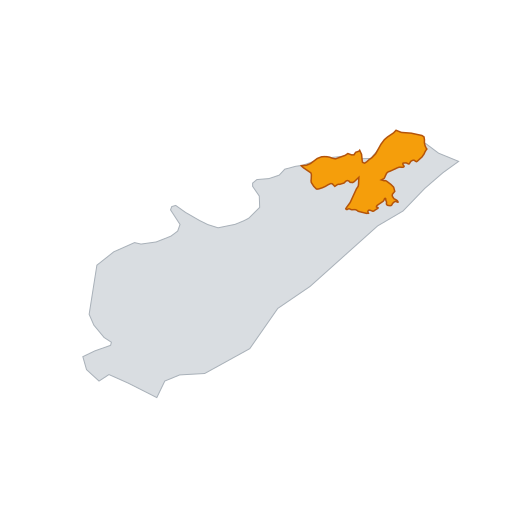 Lebanon, with An Nabatiyah highlighted, rotated 207°
{"feature_id": "LBN-3059", "entity_name": "An Nabatiyah", "entity_type": "Province", "adm_level": 1, "iso_a3": "LBN", "parent_name": "Lebanon", "parent_adm1": "", "projection": "orthographic", "projection_center": [35.465, 33.278], "detail": "fine", "context": "in_parent", "style": "filled", "palette": "amber", "viewbox_px": 512, "rotation_deg": 207, "n_neighbors": 0, "source": "natural_earth", "source_scale": "10m", "svg_char_len": 3669}
<svg xmlns="http://www.w3.org/2000/svg" viewBox="0 0 512 512"><g transform="rotate(207 256 256)"><path d="M280.1,84.8L312.4,84.7L333.2,83.6L339.1,73.3L355.4,77.8L364.6,87.7L356.5,98.3L345.0,110.4L345.7,113.5L354.3,114.4L369.1,120.8L378.2,128.3L393.6,175.6L384.6,195.2L370.3,212.8L363.9,214.4L351.3,223.2L340.8,235.1L337.1,242.6L338.0,249.6L353.1,258.3L353.5,261.8L350.5,264.6L338.3,262.8L322.6,262.0L313.3,262.1L302.6,263.9L289.0,274.7L282.9,281.8L279.6,286.4L274.8,301.0L280.3,310.9L290.6,316.5L292.1,319.4L289.9,324.5L279.7,330.8L272.0,338.6L269.8,346.4L261.3,354.0L256.0,357.7L246.0,368.0L236.1,376.4L216.0,389.4L211.4,397.1L207.0,390.2L198.2,394.9L190.8,424.4L175.4,434.2L156.1,433.3L140.0,430.5L118.4,432.3L127.2,415.2L136.3,392.9L145.4,362.9L161.3,338.0L194.0,253.5L212.8,219.2L219.5,170.6L248.4,128.0L270.0,115.4L280.5,103.2L280.1,84.8Z" fill="#d9dde1" stroke="#a8b0b8" stroke-width="1"/><path d="M210.4,396.3L208.1,394.5L204.6,389.1L203.6,387.8L201.4,388.0L200.1,390.2L199.0,393.2L197.3,396.3L195.8,401.3L195.4,412.4L194.4,418.1L192.8,421.9L189.3,428.2L188.3,431.6L182.6,432.1L173.5,435.9L162.9,438.7L160.4,438.4L158.7,436.1L157.4,433.4L155.5,431.1L153.4,429.4L152.3,428.9L152.6,427.3L152.7,424.7L152.6,424.1L152.6,422.9L152.6,422.4L152.9,421.4L152.9,420.3L153.0,419.8L155.3,413.7L155.8,412.9L156.9,412.8L158.3,413.1L158.8,413.1L159.1,412.9L159.5,412.7L160.3,411.8L160.8,411.1L161.1,410.2L161.3,408.0L161.5,407.4L162.2,407.2L164.0,407.2L164.5,407.1L165.1,406.8L166.9,405.7L167.2,405.3L166.9,404.5L166.5,404.2L166.0,403.8L165.5,403.7L165.1,403.4L164.7,403.0L164.8,402.5L165.1,402.0L166.2,401.3L166.9,401.0L168.2,400.5L169.1,399.8L170.1,398.7L175.3,392.1L176.2,391.3L176.8,390.2L177.2,389.0L177.1,385.3L177.0,384.4L177.1,383.2L178.9,380.7L176.0,381.2L175.2,381.8L174.4,382.0L173.2,381.9L168.2,381.0L164.6,379.8L161.7,376.6L162.5,373.1L162.1,371.7L161.6,371.2L161.1,370.8L159.1,369.7L158.6,369.6L158.1,369.7L156.0,369.6L155.5,369.5L154.9,369.3L154.5,369.0L154.0,368.7L153.9,368.4L154.3,368.2L156.0,368.1L156.7,367.8L157.3,367.1L157.9,365.7L158.1,364.9L158.2,364.3L158.2,364.0L158.2,363.1L158.4,362.5L158.9,362.0L159.8,361.5L161.7,360.9L162.6,361.0L163.3,361.4L163.6,361.9L163.9,362.8L164.2,363.3L164.6,363.7L165.4,364.4L165.8,364.8L166.0,365.2L166.4,365.9L166.8,366.1L167.2,366.0L167.5,365.4L167.3,363.5L167.6,362.4L171.0,356.2L171.1,355.7L171.2,355.2L171.1,354.7L170.9,354.3L170.5,354.3L169.5,354.5L169.1,354.4L169.0,354.1L169.3,353.4L170.8,350.9L171.2,350.0L171.7,349.3L172.2,348.9L174.3,348.7L175.5,348.5L176.0,348.2L176.5,347.8L176.6,346.7L176.4,346.1L176.0,345.7L175.5,345.4L175.2,345.1L177.0,344.1L185.2,342.2L186.6,342.5L187.8,342.5L188.4,342.4L189.4,342.0L191.5,340.8L192.0,340.6L192.6,340.5L193.7,340.5L194.2,340.4L194.7,340.2L195.2,339.8L195.5,339.4L195.9,338.8L196.0,338.8L196.5,338.5L196.9,338.5L197.2,338.7L197.4,338.8L197.5,338.9L197.3,340.8L196.4,346.3L196.4,346.9L197.0,361.5L196.6,364.5L197.2,366.4L200.1,372.8L202.2,366.9L203.2,365.3L203.9,365.1L204.3,364.9L205.0,364.6L205.3,364.4L205.7,364.4L206.1,364.5L206.5,364.7L206.9,364.9L207.5,364.9L208.6,364.8L209.2,364.4L209.7,363.8L209.9,363.4L210.7,361.0L213.9,357.9L215.0,357.4L215.8,356.7L217.4,353.8L220.9,355.0L222.4,354.4L224.2,352.1L225.8,349.5L227.8,347.0L230.4,344.4L231.6,343.5L232.6,343.1L236.2,344.3L240.1,346.6L241.1,348.0L241.7,349.6L243.5,353.5L244.3,354.5L245.0,355.0L253.6,356.1L256.7,356.9L256.8,357.0L252.3,359.7L249.4,363.1L245.7,370.7L242.7,374.1L240.4,375.5L237.8,376.7L235.2,377.5L232.7,377.7L229.3,378.6L222.2,386.2L220.7,389.0L216.7,389.5L214.6,390.6L214.3,393.6L211.7,396.3L211.6,397.2L210.5,396.3L210.4,396.3Z" fill="#f59e0b" stroke="#b45309" stroke-width="1.5"/></g></svg>